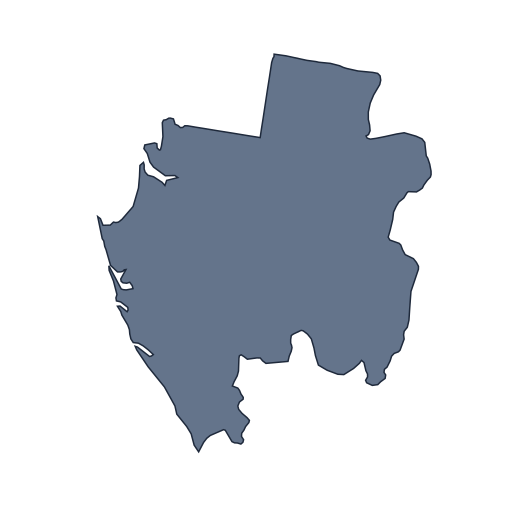 Gabon, Natural Earth projection, rotated 9°
{"feature_id": "GAB", "entity_name": "Gabon", "entity_type": "country or territory", "adm_level": 0, "iso_a3": "GAB", "parent_name": "Africa", "parent_adm1": "", "projection": "natural_earth1", "projection_center": [11.622, -0.807], "detail": "fine", "context": "isolated", "style": "filled", "palette": "slate", "viewbox_px": 512, "rotation_deg": 9, "n_neighbors": 0, "source": "natural_earth", "source_scale": "50m", "svg_char_len": 3395}
<svg xmlns="http://www.w3.org/2000/svg" viewBox="0 0 512 512"><g transform="rotate(9 256 256)"><path d="M351.7,62.8L351.4,67.3L347.0,78.5L344.9,87.1L344.4,96.2L345.6,103.6L347.7,108.8L349.1,114.5L348.1,118.5L345.9,120.2L347.4,122.2L350.6,122.7L356.2,121.0L364.6,117.9L375.8,113.5L383.1,111.1L395.2,112.6L401.6,114.3L404.9,117.4L408.5,130.5L410.3,132.5L413.2,138.1L415.6,144.8L416.2,148.2L415.9,150.7L413.4,154.3L410.7,159.6L409.7,162.9L407.4,165.2L404.5,167.6L396.4,168.6L395.2,170.0L392.9,175.6L388.6,180.4L386.7,185.0L385.0,191.1L385.3,198.6L384.5,209.4L383.6,216.7L385.7,219.3L395.4,221.1L397.3,222.5L399.8,227.0L403.1,231.3L411.9,234.0L415.4,237.2L418.1,240.8L418.5,243.7L416.5,255.5L414.6,266.7L415.3,275.3L416.0,283.5L417.1,295.4L416.6,302.7L414.1,307.2L414.1,310.7L415.3,314.9L413.0,326.5L411.6,328.4L407.7,330.6L405.6,333.7L404.9,338.6L402.8,345.3L400.6,347.8L400.6,350.9L402.7,353.2L402.7,356.7L398.7,360.8L396.4,364.0L391.1,365.6L385.1,363.9L383.7,361.6L385.1,358.0L384.6,355.1L382.5,352.1L379.3,344.3L376.5,342.6L374.9,345.8L370.0,351.8L361.3,359.4L355.3,360.0L344.1,357.7L334.7,354.0L330.3,345.1L327.6,337.7L323.6,329.2L319.1,325.1L314.3,322.5L312.2,322.4L305.3,327.1L303.3,329.0L303.3,333.0L303.9,336.7L305.0,338.5L305.9,340.9L305.7,344.6L304.5,349.6L304.1,355.1L282.6,360.5L278.9,358.5L276.2,356.1L272.9,356.5L263.6,359.3L260.2,357.4L256.8,355.9L255.2,357.1L255.1,359.5L256.7,372.4L256.2,377.3L254.0,383.7L253.0,388.1L258.7,389.3L260.7,391.3L262.7,394.6L265.5,397.6L265.7,399.4L262.5,402.8L261.5,407.0L262.9,410.2L266.8,413.6L272.5,417.1L275.2,419.4L275.0,421.6L272.4,426.1L271.3,429.9L269.6,433.3L269.9,436.5L272.5,439.4L272.2,442.1L270.5,444.1L266.9,443.6L264.0,443.9L261.3,443.1L252.9,432.9L251.1,432.6L238.9,440.4L235.9,443.7L233.4,448.3L230.0,458.4L224.5,452.5L219.8,441.8L214.2,435.2L202.5,424.6L199.4,416.8L186.0,399.6L166.8,382.3L152.9,367.4L150.8,364.1L153.2,364.5L166.6,371.9L168.4,371.1L170.0,369.4L164.2,365.5L158.6,362.4L153.5,360.5L148.3,360.7L145.4,357.5L143.5,352.7L142.5,348.6L140.2,344.3L132.8,335.4L131.1,332.0L127.0,327.3L129.5,326.7L137.4,331.2L138.1,329.4L137.4,326.8L129.5,322.5L125.2,322.2L124.2,319.3L124.7,315.8L119.1,302.9L113.2,293.2L112.2,288.7L128.1,309.7L130.3,310.0L133.1,309.8L139.6,307.5L138.4,304.7L135.4,301.7L132.6,303.1L128.8,303.3L126.8,302.1L126.0,299.9L129.7,289.7L128.1,290.2L126.9,292.0L124.8,292.9L121.7,293.4L113.8,288.0L106.9,273.2L105.1,270.2L103.3,265.0L101.4,262.9L93.5,241.9L96.5,243.5L100.1,249.6L107.2,248.3L109.9,244.8L112.3,244.9L114.8,244.1L117.9,240.8L126.9,226.3L129.3,207.3L128.5,195.9L127.2,184.7L130.2,181.1L131.3,183.5L131.9,187.5L133.3,190.4L136.5,193.1L142.5,193.8L151.7,197.9L155.0,200.6L155.9,195.3L166.5,190.8L163.3,189.2L153.9,190.9L140.9,184.2L136.6,179.9L132.6,171.8L128.5,167.5L128.8,163.7L138.1,160.2L140.5,160.6L141.5,164.8L144.0,166.5L145.0,166.0L145.4,162.4L145.4,152.7L142.6,139.0L143.4,136.3L146.0,135.4L148.3,133.5L149.8,133.2L153.0,133.5L154.6,136.7L155.4,138.5L158.6,139.3L161.2,141.0L163.5,140.5L165.3,138.5L168.1,138.1L176.5,138.2L184.2,138.2L199.5,138.3L214.8,138.3L230.1,138.4L241.6,138.4L241.5,130.5L241.5,118.4L241.4,104.0L241.3,90.2L241.3,77.5L241.2,62.4L241.8,58.1L242.6,56.3L242.3,53.8L254.2,53.6L275.6,54.8L284.9,54.6L287.6,54.8L299.3,54.1L308.8,55.0L312.8,56.1L316.4,56.6L327.7,57.3L342.6,56.4L347.6,56.6L350.4,58.7L351.7,62.8Z" fill="#64748b" stroke="#1e293b" stroke-width="1.5"/></g></svg>